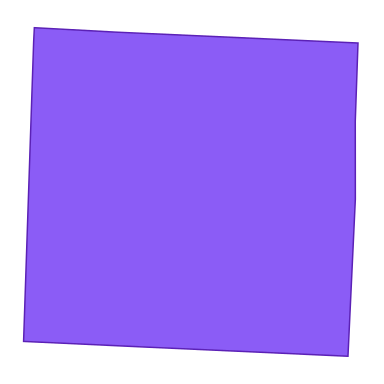 Jefferson, Illinois, United States of America (Equal Earth projection), rotated 92°
{"feature_id": "52423323B98138287519382", "entity_name": "Jefferson", "entity_type": "district", "adm_level": 2, "iso_a3": "USA", "parent_name": "United States of America", "parent_adm1": "Illinois", "projection": "equal_earth", "projection_center": [-88.993, 38.301], "detail": "fine", "context": "isolated", "style": "filled", "palette": "violet", "viewbox_px": 384, "rotation_deg": 92, "n_neighbors": 0, "source": "geoboundaries", "source_scale": "gbopen_adm2", "svg_char_len": 292}
<svg xmlns="http://www.w3.org/2000/svg" viewBox="0 0 384 384"><g transform="rotate(92 192 192)"><path d="M34.9,273.6L33.3,355.3L47.5,355.5L347.2,355.1L348.6,232.9L350.7,30.4L193.5,28.5L115.6,31.3L37.3,31.3L36.5,111.5L34.9,273.6Z" fill="#8b5cf6" stroke="#5b21b6" stroke-width="1.5"/></g></svg>